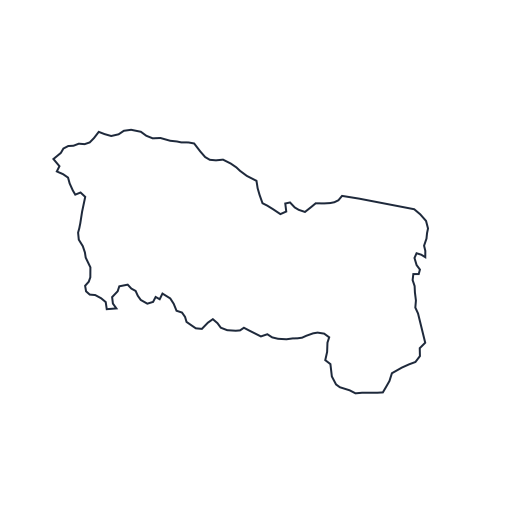 Guamiranga, Paraná, Brazil (orthographic projection), rotated 338°
{"feature_id": "56859067B35247674818537", "entity_name": "Guamiranga", "entity_type": "district", "adm_level": 2, "iso_a3": "BRA", "parent_name": "Brazil", "parent_adm1": "Paraná", "projection": "orthographic", "projection_center": [-50.848, -25.173], "detail": "fine", "context": "isolated", "style": "outline", "palette": "slate", "viewbox_px": 512, "rotation_deg": 338, "n_neighbors": 0, "source": "geoboundaries", "source_scale": "gbopen_adm2", "svg_char_len": 2222}
<svg xmlns="http://www.w3.org/2000/svg" viewBox="0 0 512 512"><g transform="rotate(338 256 256)"><path d="M358.3,232.5L353.3,235.2L348.8,235.5L344.6,234.7L338.7,232.7L331.1,229.5L325.4,231.3L317.9,233.5L312.9,229.2L310.1,225.5L307.6,219.1L302.8,218.3L300.7,226.1L294.3,226.3L289.4,219.1L285.3,213.5L281.8,209.5L282.2,200.6L282.9,193.8L284.6,186.5L277.5,178.3L273.1,171.1L271.0,166.5L267.2,160.8L261.5,154.3L254.7,152.3L249.2,149.5L245.9,145.2L243.5,138.2L240.8,128.5L235.9,125.4L229.3,122.7L225.6,120.2L219.6,117.0L211.6,110.8L204.3,108.2L199.3,103.4L195.8,97.7L187.5,92.2L180.4,90.4L174.2,91.7L166.7,90.5L161.2,86.2L156.7,82.0L149.9,86.0L144.4,88.4L139.0,88.1L133.8,85.5L128.1,85.4L123.1,83.7L117.7,84.2L113.7,87.3L104.5,90.2L107.4,99.1L103.0,103.0L107.8,107.9L111.1,112.9L110.4,118.9L110.7,126.5L111.4,131.4L117.1,131.4L119.8,137.2L111.4,149.7L105.3,159.9L102.6,164.0L99.8,167.7L97.8,174.5L99.1,182.0L98.7,188.6L97.5,193.7L98.2,204.5L94.4,213.7L91.3,217.2L86.4,219.6L85.2,225.1L87.4,229.5L92.3,232.0L96.6,237.2L99.4,242.4L97.7,249.4L106.9,252.3L105.5,246.5L107.2,240.2L114.5,236.9L117.9,232.9L126.3,234.5L128.2,239.5L131.3,243.3L131.5,248.6L132.7,253.6L137.4,259.5L143.4,260.0L147.6,256.4L150.5,260.0L155.2,255.8L160.6,263.2L161.8,269.5L161.8,277.0L166.2,280.7L167.4,285.9L166.9,291.1L170.3,296.3L173.1,300.5L178.5,303.3L186.4,299.8L192.3,298.4L195.1,303.8L196.5,309.3L201.5,314.0L209.2,317.7L213.3,319.0L217.9,318.0L221.8,322.6L226.2,327.6L230.4,332.4L237.2,332.8L240.5,337.5L245.4,341.0L253.0,344.6L259.3,346.2L263.4,347.8L268.1,349.0L272.8,348.8L280.0,349.1L284.4,350.1L290.1,353.5L293.4,358.8L289.8,363.1L286.0,371.6L281.2,378.5L284.5,384.1L281.2,396.1L282.1,405.1L284.6,409.1L292.5,415.6L296.8,420.6L303.4,422.6L308.3,424.6L316.9,428.1L322.5,430.0L327.7,426.0L332.9,421.9L338.1,415.6L344.2,414.8L349.5,414.1L357.5,413.8L364.1,414.0L370.5,410.2L373.3,402.8L380.4,399.8L384.7,370.0L384.4,363.5L387.6,357.2L389.7,349.3L391.8,343.3L392.2,337.0L395.1,331.7L400.1,333.7L402.9,330.0L401.5,324.6L402.2,317.2L405.9,313.6L409.7,316.7L412.5,320.5L414.9,314.7L415.7,309.4L420.6,303.7L423.2,298.8L425.8,294.9L426.8,287.2L423.9,278.9L420.2,271.9L373.2,241.5L358.3,232.5Z" fill="none" stroke="#1e293b" stroke-width="2"/></g></svg>